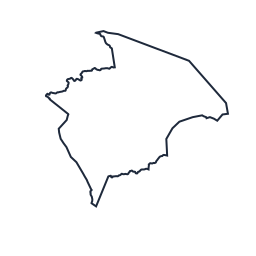 Errard, Praslin, Saint Lucia (Natural Earth projection), rotated 111°
{"feature_id": "8701671B19150990882958", "entity_name": "Errard", "entity_type": "district", "adm_level": 2, "iso_a3": "LCA", "parent_name": "Saint Lucia", "parent_adm1": "Praslin", "projection": "natural_earth1", "projection_center": [-60.937, 13.893], "detail": "fine", "context": "isolated", "style": "outline", "palette": "slate", "viewbox_px": 256, "rotation_deg": 111, "n_neighbors": 0, "source": "geoboundaries", "source_scale": "gbopen_adm2", "svg_char_len": 5415}
<svg xmlns="http://www.w3.org/2000/svg" viewBox="0 0 256 256"><g transform="rotate(111 128 128)"><path d="M129.3,211.3L136.4,188.8L136.6,188.6L138.2,188.6L142.5,188.1L153.5,192.4L157.0,190.6L162.2,187.0L165.3,182.7L167.9,178.6L175.5,171.0L178.4,163.9L186.6,153.6L188.7,151.1L191.2,147.9L192.7,146.5L198.6,140.3L198.9,139.7L199.0,139.7L200.2,140.2L200.5,140.4L201.0,140.3L201.8,139.9L202.1,139.5L202.9,139.4L203.7,138.9L205.1,137.2L207.4,135.7L209.1,135.2L210.9,135.2L211.3,135.1L212.6,129.7L180.3,129.0L179.8,128.5L179.5,128.0L179.0,127.4L178.8,127.0L179.0,126.6L179.7,126.2L179.9,125.8L179.9,125.4L179.8,125.1L179.2,124.8L178.6,124.7L178.4,124.1L177.2,121.8L177.0,121.0L176.8,120.4L176.6,120.1L176.2,119.9L175.6,119.6L175.2,118.9L174.9,118.6L174.4,118.2L173.8,117.9L173.1,117.6L173.0,117.4L172.9,117.1L172.9,116.3L172.8,115.7L172.6,115.2L172.1,114.5L171.8,114.1L171.7,113.4L171.6,112.9L171.4,112.2L171.3,111.8L170.9,111.5L170.5,111.3L169.6,111.3L169.2,111.2L168.2,110.7L167.5,110.7L167.4,110.6L167.2,110.1L166.9,109.8L166.5,109.4L166.4,109.0L166.4,108.9L166.9,107.7L166.9,107.4L166.5,106.4L166.4,105.9L166.4,105.7L167.4,104.6L167.3,104.1L167.4,103.9L167.2,103.4L167.1,103.2L166.7,103.0L166.0,103.0L165.3,102.8L165.0,102.5L164.9,102.2L164.5,101.8L164.2,101.6L163.5,101.4L162.3,100.9L162.1,100.6L161.8,100.3L160.9,98.1L160.6,97.6L160.3,97.3L159.9,97.0L159.6,96.4L159.4,95.9L159.3,95.4L159.3,94.5L159.3,94.0L157.9,94.5L156.3,94.9L155.5,95.1L155.1,95.2L154.7,95.3L154.5,95.5L154.1,95.3L153.6,95.0L153.2,94.9L152.9,94.6L152.8,94.2L152.6,93.3L152.5,92.8L152.4,92.7L152.1,92.3L151.6,91.8L151.5,91.7L151.2,90.8L151.2,90.6L150.8,90.2L150.6,90.0L150.2,89.7L149.0,89.7L148.4,89.6L147.3,89.2L146.1,88.9L144.2,88.3L143.6,88.1L143.4,88.0L143.3,87.9L143.1,87.7L142.6,87.2L142.3,86.8L142.0,86.3L141.9,86.0L141.7,85.9L140.9,85.6L140.4,85.1L140.3,84.9L140.2,84.5L140.0,83.6L139.7,81.6L135.1,83.6L124.5,88.3L112.3,86.4L103.7,82.3L94.7,71.5L89.6,63.3L89.9,61.7L89.9,58.9L90.7,58.2L88.5,55.4L88.5,51.2L89.2,47.3L81.5,44.6L78.9,39.8L69.6,45.4L43.4,95.1L43.9,170.3L43.9,170.8L46.3,180.9L46.3,185.6L50.4,191.9L50.6,192.0L50.6,191.9L50.6,191.0L50.5,190.3L50.5,189.9L50.4,189.2L50.2,188.5L50.2,188.3L50.2,187.9L50.3,187.8L50.3,187.6L50.6,187.3L50.7,187.2L51.0,187.0L51.2,186.8L51.4,186.6L51.6,186.3L51.7,186.0L51.8,185.8L51.8,185.7L51.8,185.2L51.5,184.4L51.5,183.8L51.5,183.7L51.7,183.3L51.9,183.1L52.5,182.6L53.7,181.6L54.1,181.3L55.5,180.2L56.3,179.4L56.5,179.2L56.7,178.9L57.0,178.3L57.1,177.9L57.3,177.5L57.3,177.4L57.5,176.4L57.5,175.8L57.5,175.3L57.6,174.9L57.8,174.6L58.0,174.3L58.3,174.1L58.7,173.8L58.9,173.7L59.0,173.6L59.2,173.0L59.2,172.8L59.2,172.7L59.5,171.6L76.1,162.1L76.4,162.7L76.6,163.0L76.7,163.5L76.7,163.9L76.7,164.9L76.8,165.1L76.9,165.3L77.6,165.7L78.1,166.0L79.1,166.5L79.3,166.6L79.4,167.0L79.5,168.0L79.5,168.4L79.7,169.1L79.9,169.5L80.1,170.1L80.9,171.4L82.0,173.7L82.1,173.9L82.2,174.0L82.5,174.2L82.7,174.3L83.3,174.3L83.6,174.4L83.8,174.5L84.0,174.8L84.2,175.0L84.3,175.2L84.3,175.8L84.3,176.1L84.6,177.2L84.6,177.7L84.6,178.0L84.5,178.6L84.3,179.2L84.1,179.5L84.0,179.8L83.9,180.3L83.9,180.5L84.0,180.7L84.1,180.8L84.5,181.0L84.9,181.4L85.4,181.8L85.9,182.2L86.1,182.4L86.5,182.4L86.9,182.3L87.2,182.3L87.3,182.3L87.5,182.5L87.8,182.9L87.9,183.1L88.0,183.7L88.6,184.7L88.7,185.0L89.0,186.0L89.2,186.4L89.4,186.5L89.8,187.1L90.0,187.5L90.1,188.3L90.2,188.6L90.3,188.8L90.5,189.1L90.8,189.4L91.0,189.7L91.2,190.1L91.4,190.3L91.5,190.5L91.9,190.6L92.4,190.8L92.8,190.8L93.1,190.8L93.3,190.9L94.6,191.5L94.9,191.5L95.2,191.5L95.4,191.4L95.5,191.3L95.7,190.7L95.8,190.3L95.9,190.2L96.0,190.1L96.2,189.9L96.3,189.7L96.5,189.3L96.8,189.0L97.0,188.9L97.3,188.8L97.7,189.3L97.8,189.4L98.0,189.5L98.3,189.5L98.4,189.4L98.8,188.9L99.1,188.7L99.8,188.6L100.0,188.6L100.3,188.9L100.6,189.2L100.6,189.3L100.7,189.5L100.7,189.8L100.5,190.6L100.4,191.6L100.3,192.1L100.3,192.7L100.5,193.5L101.0,193.8L101.3,193.9L101.6,193.9L102.0,194.0L102.3,194.1L102.5,194.2L102.8,194.3L103.0,194.6L103.2,194.9L103.3,195.0L103.1,195.5L102.6,196.1L102.1,197.0L101.9,197.3L101.7,197.8L101.5,198.3L101.5,198.6L101.5,198.8L101.7,199.1L101.8,199.2L102.1,199.3L102.4,199.5L102.9,200.0L103.2,200.5L103.8,201.4L103.9,201.6L104.3,201.9L104.7,202.1L104.9,202.1L105.0,202.1L105.6,202.1L105.9,202.0L106.1,201.7L106.2,201.3L106.5,200.4L106.8,199.9L106.9,199.7L107.3,199.6L107.7,199.5L108.0,199.4L108.9,199.4L109.2,199.5L109.7,199.6L110.0,199.6L110.4,199.1L110.8,199.0L111.0,199.0L111.3,199.0L111.7,199.0L112.0,199.1L112.4,199.4L112.8,199.6L113.0,199.7L113.3,199.8L113.7,199.9L114.0,199.9L114.4,199.8L114.9,199.7L115.3,199.8L115.6,199.8L115.8,200.0L115.9,200.3L116.2,201.1L116.3,201.3L117.2,202.1L117.4,202.4L117.7,202.7L117.9,203.1L118.3,203.8L118.8,204.6L119.1,205.1L119.4,205.4L119.7,205.8L119.9,206.5L120.0,206.6L120.1,206.8L120.4,207.0L121.2,207.4L121.3,207.5L121.7,208.1L121.8,208.3L121.9,209.0L122.0,209.6L122.3,211.0L122.3,212.5L122.5,212.8L122.8,213.1L123.0,213.2L123.2,213.3L123.4,213.3L123.8,213.3L124.1,213.3L124.7,213.3L125.0,213.3L125.2,213.7L125.3,214.1L125.2,214.3L125.0,214.5L124.9,214.8L124.9,215.1L124.9,215.4L125.0,215.5L125.4,215.7L125.8,215.9L126.1,216.0L126.7,216.1L126.9,216.1L127.0,216.2L127.4,216.1L127.5,216.0L127.7,215.8L127.7,214.8L127.8,214.0L127.9,213.7L128.0,213.3L128.3,212.9L128.4,212.7L128.4,212.3L128.4,212.1L128.5,211.9L128.7,211.5L129.0,211.3L129.3,211.3Z" fill="none" stroke="#1e293b" stroke-width="2"/></g></svg>